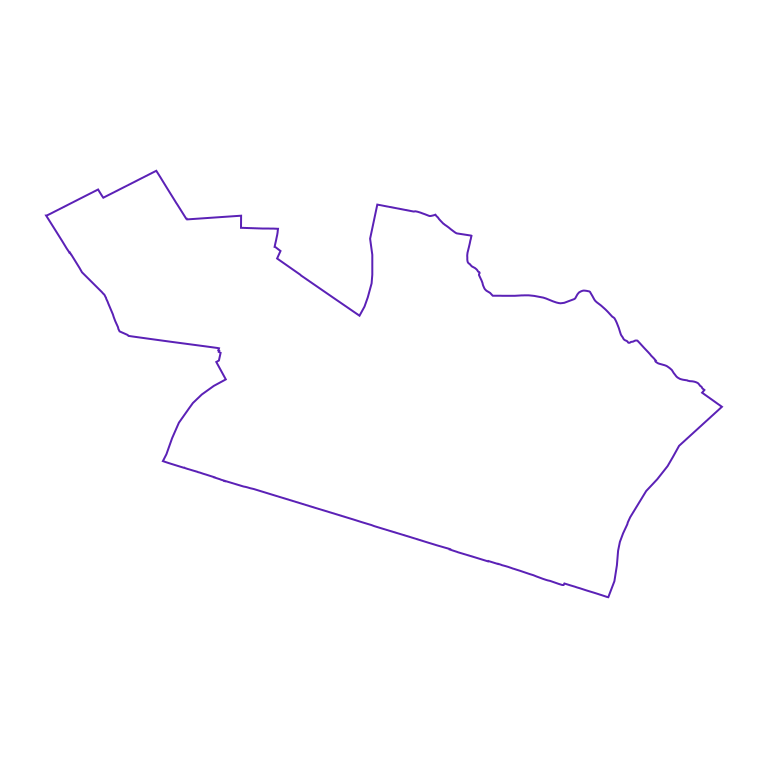 the district of Stelnica, Ialomita, Romania
{"feature_id": "2599482B4677795676916", "entity_name": "Stelnica", "entity_type": "district", "adm_level": 2, "iso_a3": "ROU", "parent_name": "Romania", "parent_adm1": "Ialomita", "projection": "robinson", "projection_center": [27.955, 44.403], "detail": "fine", "context": "isolated", "style": "outline", "palette": "violet", "viewbox_px": 768, "rotation_deg": 0, "n_neighbors": 0, "source": "geoboundaries", "source_scale": "gbopen_adm2", "svg_char_len": 6011}
<svg xmlns="http://www.w3.org/2000/svg" viewBox="0 0 768 768"><path d="M721.9,406.8L702.1,392.7L704.4,390.0L703.8,389.5L702.5,388.5L702.1,387.9L701.8,387.3L701.5,386.8L701.0,386.4L700.4,386.0L699.8,385.5L699.5,384.9L699.1,384.4L698.2,383.4L697.7,383.0L697.1,382.7L696.2,382.3L695.4,382.0L694.7,381.8L694.0,381.6L693.6,381.5L693.2,381.5L692.5,381.3L691.9,381.3L690.8,381.2L690.2,381.2L689.7,381.1L689.4,381.1L688.9,380.9L688.1,380.8L687.8,380.7L687.7,380.6L687.3,380.4L686.1,380.2L684.1,379.9L682.9,379.7L681.3,379.3L680.3,379.0L679.8,378.8L679.3,378.5L678.7,378.2L678.2,377.9L677.6,377.5L677.4,377.4L677.0,377.0L676.6,376.7L676.4,376.5L676.1,376.1L675.7,375.6L675.2,374.9L674.0,373.4L673.8,373.2L673.6,372.8L673.2,372.2L672.4,370.9L672.1,370.4L671.8,370.0L671.4,369.6L670.8,369.1L669.8,368.2L668.3,367.1L666.8,366.1L666.2,365.8L665.6,365.6L664.6,365.2L663.8,365.0L661.7,364.4L659.5,363.8L658.3,363.4L657.9,363.2L657.1,362.7L656.5,362.3L656.3,362.2L655.8,361.8L655.6,361.6L655.5,361.4L655.3,361.0L655.8,360.6L653.7,358.2L651.0,355.5L650.7,355.1L650.6,354.9L649.6,353.7L649.1,353.2L648.4,352.4L644.4,348.2L641.3,344.8L639.3,342.6L638.4,341.7L637.7,340.9L637.5,340.7L637.3,340.6L636.6,340.5L636.2,340.5L635.7,340.5L634.9,340.7L633.7,341.3L633.1,341.6L632.5,341.7L631.9,341.8L631.2,341.9L630.9,342.0L630.7,342.1L630.2,342.5L629.7,342.7L629.1,342.8L628.4,342.7L628.1,342.4L627.9,342.2L627.6,341.7L627.1,341.2L626.4,340.8L625.4,340.4L625.0,340.2L624.5,339.9L623.8,339.3L623.6,339.0L623.4,338.7L623.1,338.1L622.6,337.2L621.6,335.8L621.1,335.0L620.8,334.3L620.2,332.5L618.8,328.0L616.8,322.9L615.8,320.7L614.5,318.3L613.6,317.5L612.3,316.7L607.6,311.6L605.5,309.5L600.9,305.4L596.8,302.3L595.4,301.0L594.4,299.7L593.3,297.7L592.5,296.2L590.5,292.8L590.2,292.2L590.0,291.9L589.6,291.6L589.2,291.4L588.2,291.2L586.8,290.9L585.3,290.7L584.3,290.6L583.4,290.6L582.5,290.8L581.9,291.0L580.9,291.4L579.1,292.4L578.7,292.8L577.4,294.4L575.2,298.4L574.2,299.1L569.6,300.8L564.3,302.8L562.1,303.1L560.3,303.3L559.9,303.2L558.9,303.1L556.4,302.5L552.9,301.3L546.0,298.5L543.2,297.6L534.2,295.9L529.4,295.4L527.9,295.3L521.7,295.4L514.8,295.8L505.9,295.8L492.7,295.7L490.1,292.9L486.4,290.7L484.9,289.2L484.3,288.2L483.2,285.7L482.8,284.5L482.5,283.0L481.5,280.4L479.8,276.8L479.0,275.0L479.0,274.7L479.0,274.4L479.1,274.1L479.2,273.8L479.5,273.3L479.6,273.0L479.5,272.6L479.3,272.2L478.6,271.9L478.3,271.7L478.0,271.4L477.4,270.4L477.1,270.0L476.7,269.5L475.4,268.4L474.9,268.0L474.3,267.7L473.6,267.3L473.2,267.1L472.4,266.7L471.9,266.4L471.3,265.8L470.7,265.2L470.4,264.8L469.8,264.1L468.6,263.3L468.0,262.5L467.7,261.9L467.5,261.1L467.4,260.4L467.3,259.7L467.3,258.9L467.3,257.6L467.3,256.8L467.2,256.1L467.3,254.5L467.4,253.8L467.5,252.8L467.9,251.2L468.3,249.6L468.5,248.7L468.8,247.6L469.8,243.3L470.1,241.8L470.4,240.3L470.8,239.0L471.0,237.8L471.5,235.8L471.2,235.6L456.9,233.4L456.4,233.2L455.6,232.8L454.2,231.8L451.0,229.4L448.7,227.5L446.5,225.9L444.6,224.6L444.1,224.1L443.4,223.7L440.7,220.9L438.9,218.9L438.4,218.1L437.9,217.5L437.5,217.0L436.6,216.3L436.1,215.6L435.4,214.7L434.6,215.0L433.3,215.4L431.1,215.9L430.4,216.0L429.6,216.0L428.6,215.7L427.1,215.1L425.8,214.6L424.8,214.2L422.5,213.4L420.7,212.7L418.1,211.9L417.8,211.8L416.4,211.5L415.3,211.3L414.6,211.4L414.2,211.5L413.6,211.5L412.4,211.3L377.3,204.6L370.1,238.7L372.3,254.8L372.3,274.7L371.6,283.4L367.8,297.3L364.5,306.6L359.5,315.7L332.4,297.1L300.9,275.4L300.4,274.8L277.1,258.5L280.5,251.0L275.8,247.4L275.4,247.1L274.6,246.9L275.1,244.5L276.2,239.7L276.4,238.6L276.8,236.7L277.2,234.9L277.4,233.6L277.6,232.5L277.6,232.2L277.8,230.4L278.0,228.8L277.8,228.8L273.6,228.6L261.7,228.5L241.0,227.8L241.1,215.7L187.1,219.4L186.8,218.7L186.2,218.7L177.1,204.2L176.4,203.2L174.3,199.8L168.4,190.3L166.1,186.6L161.8,179.6L160.9,178.1L156.3,170.8L152.3,172.8L109.6,194.5L108.2,195.2L103.3,197.7L102.1,196.0L99.9,192.5L98.1,189.5L97.9,189.6L83.5,196.9L77.4,200.0L54.0,211.9L50.9,213.5L47.0,215.4L46.1,215.5L56.3,231.7L62.2,241.1L66.7,248.5L68.6,251.3L69.4,252.7L69.8,252.4L70.8,254.0L70.9,254.4L71.2,254.5L79.5,267.9L82.0,272.3L101.9,292.1L103.2,293.6L104.3,294.6L105.0,295.9L105.4,296.8L106.0,297.7L106.2,298.7L107.7,301.9L108.2,303.3L112.9,314.4L113.7,317.0L115.2,321.0L118.0,327.2L118.4,329.0L119.6,331.4L123.7,333.2L127.5,334.9L128.2,335.5L128.4,335.7L128.5,335.9L132.6,336.5L149.2,338.8L171.1,341.8L205.8,346.4L217.6,348.0L219.0,348.3L218.3,350.4L219.2,350.7L218.8,351.9L220.6,352.8L220.1,355.1L218.9,360.5L216.3,362.0L225.8,379.4L213.8,385.9L201.8,394.5L192.9,403.0L189.0,408.4L178.9,422.7L172.1,438.2L166.4,454.3L162.9,461.1L164.3,461.6L168.2,462.9L170.7,463.7L181.0,466.9L183.0,467.5L183.5,467.7L184.1,467.7L184.1,467.8L184.5,467.9L187.5,468.9L197.6,471.9L197.9,472.1L199.9,472.6L203.1,473.7L206.4,474.7L211.4,476.3L214.3,477.2L214.2,477.4L219.8,479.2L221.0,479.7L224.3,480.7L224.2,481.0L225.5,481.3L225.6,481.1L241.8,486.0L243.5,486.5L245.0,486.8L245.6,486.9L246.7,487.2L247.2,487.3L250.2,488.2L253.7,489.0L263.5,492.0L270.0,494.0L274.9,495.5L315.7,508.0L353.1,519.4L361.3,522.0L367.9,524.0L371.3,525.0L374.2,526.1L380.7,528.1L410.0,537.0L423.2,541.1L427.7,542.5L431.0,543.5L434.6,544.6L436.5,545.2L450.0,549.1L449.8,549.5L453.7,550.8L457.1,551.9L457.8,552.2L475.1,557.4L488.1,561.4L488.3,561.0L498.0,564.0L498.1,563.8L500.9,564.7L501.8,565.1L502.5,565.3L504.8,565.9L507.9,566.8L511.1,567.9L513.0,568.6L513.8,568.8L516.9,569.8L520.1,570.8L523.3,571.9L529.8,574.1L533.1,575.1L534.4,575.6L536.3,576.4L539.6,577.6L542.8,578.8L546.1,579.9L547.8,580.4L550.1,580.9L552.4,581.7L558.7,583.9L560.3,584.4L561.9,584.9L562.5,585.0L563.0,585.0L563.4,585.0L563.6,585.0L564.4,583.5L570.5,585.4L574.9,586.7L576.9,587.4L580.0,588.3L586.4,590.4L590.0,591.5L594.3,592.8L598.4,594.1L599.9,594.6L601.2,595.0L604.8,596.2L607.2,597.0L608.3,597.2L614.4,581.2L616.9,565.3L618.1,550.7L619.9,541.9L623.1,533.3L627.3,524.3L627.8,522.4L630.2,517.2L646.2,491.0L657.2,479.3L667.6,466.1L673.0,456.8L679.1,445.8L721.9,406.8Z" fill="none" stroke="#5b21b6" stroke-width="2"/></svg>